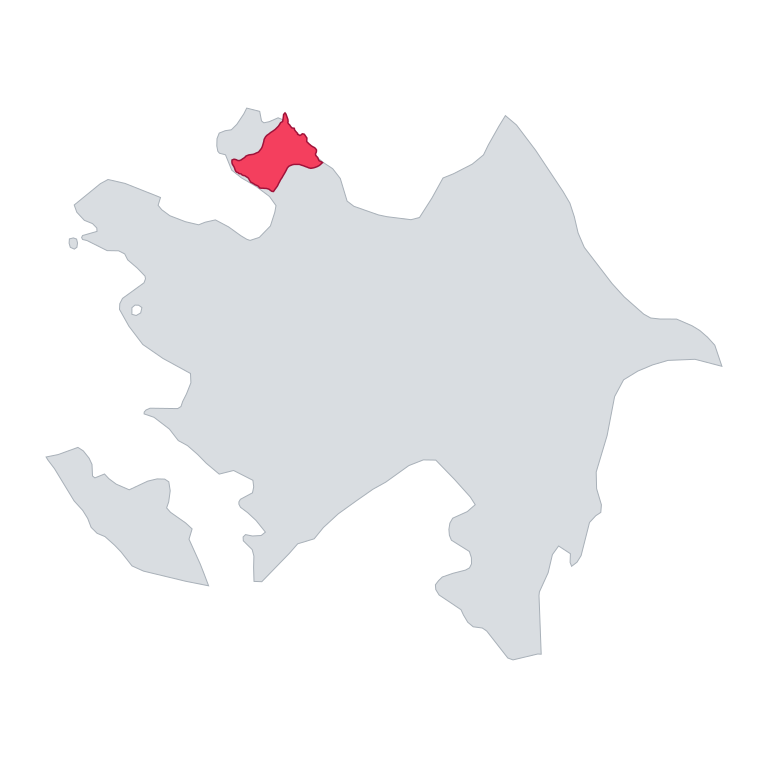 Zaqatala District, Zaqatala, Azerbaijan (highlighted)
{"feature_id": "54616110B4759617374649", "entity_name": "Zaqatala District", "entity_type": "district", "adm_level": 2, "iso_a3": "AZE", "parent_name": "Azerbaijan", "parent_adm1": "Zaqatala", "projection": "mercator", "projection_center": [46.691, 41.618], "detail": "fine", "context": "in_parent", "style": "filled", "palette": "rose", "viewbox_px": 768, "rotation_deg": 0, "n_neighbors": 0, "source": "geoboundaries", "source_scale": "gbopen_adm2", "svg_char_len": 5129}
<svg xmlns="http://www.w3.org/2000/svg" viewBox="0 0 768 768"><path d="M541.2,654.2L537.7,654.0L513.0,659.9L507.8,658.0L486.7,631.0L482.3,628.0L473.2,626.8L467.8,622.3L463.5,615.1L461.0,609.7L439.1,595.0L435.8,589.6L435.4,584.8L438.6,580.6L442.3,577.0L453.0,573.3L465.5,570.1L469.5,567.9L471.5,563.9L471.4,557.7L469.4,551.5L451.4,540.2L449.4,535.3L448.9,529.4L449.9,523.1L452.7,518.2L467.3,511.6L475.2,504.7L470.3,497.0L454.5,479.4L435.8,460.1L423.3,459.9L408.8,465.6L385.8,482.1L373.0,489.2L356.4,500.8L338.3,513.8L323.4,527.5L314.2,538.8L297.7,543.8L289.4,553.3L261.8,581.7L254.0,581.4L253.6,567.3L253.9,556.1L252.2,549.6L243.3,540.8L243.1,537.0L245.5,534.6L252.4,536.0L261.2,535.5L265.4,532.1L256.0,520.4L247.6,512.6L240.5,507.3L238.9,504.2L238.9,501.9L240.4,499.3L252.5,492.8L253.7,486.9L252.9,480.3L233.6,470.5L219.2,474.1L206.2,463.2L197.9,454.7L187.5,445.6L178.3,440.6L169.4,429.1L154.0,417.3L144.1,413.9L144.2,412.1L146.0,410.0L150.1,408.2L177.7,408.6L181.0,406.5L182.7,401.4L186.5,393.9L190.9,382.8L190.5,373.5L162.9,358.4L142.8,344.5L128.9,326.2L119.5,309.4L119.8,303.7L122.5,298.4L144.0,282.8L145.5,278.8L145.0,276.1L137.3,268.1L127.7,259.9L124.7,253.9L118.6,250.8L107.1,250.6L86.9,240.5L82.6,239.5L81.6,237.5L82.6,235.5L97.0,231.4L96.8,228.0L92.5,223.6L84.3,220.3L76.8,212.2L74.2,205.0L100.3,183.7L108.0,179.5L125.0,183.4L160.5,197.5L158.1,205.3L161.7,209.7L169.8,215.7L185.4,221.7L198.6,224.8L205.2,222.2L215.4,219.9L228.6,226.9L240.8,235.7L246.8,239.3L250.1,240.4L259.3,237.4L270.4,226.0L274.8,212.3L276.0,205.6L269.5,196.5L256.2,186.5L241.3,177.8L231.7,170.1L225.5,154.8L219.4,153.2L217.8,151.2L216.8,146.0L217.0,138.7L219.2,133.1L225.2,130.7L231.3,129.8L236.8,124.4L243.8,113.9L246.7,108.1L259.7,111.4L261.5,120.9L263.8,122.8L269.2,121.7L278.1,117.8L285.3,120.8L294.5,132.0L307.2,143.8L314.1,151.7L316.8,157.2L323.3,162.5L332.7,168.7L340.3,178.5L347.1,201.1L353.9,206.3L378.4,214.9L387.0,216.7L411.0,219.7L419.5,217.5L431.9,198.1L443.0,178.0L453.4,173.8L472.3,164.1L483.5,154.9L488.3,145.0L498.9,126.2L505.4,115.6L516.5,125.0L535.7,150.4L563.1,191.6L569.9,203.2L574.3,216.7L578.1,233.0L584.3,247.4L612.1,283.6L624.2,296.9L643.7,314.1L650.7,318.0L659.8,319.0L676.6,319.1L692.1,325.8L699.8,330.5L707.7,337.4L714.8,345.2L721.9,366.3L695.0,359.3L667.9,360.4L652.6,364.9L637.8,371.1L623.6,379.8L614.6,396.6L607.1,435.6L596.2,472.0L596.6,488.7L601.4,504.8L600.8,512.4L595.8,515.7L589.5,522.5L581.1,555.6L577.0,562.2L571.6,566.3L570.1,562.4L570.4,553.7L558.6,546.0L552.4,554.6L548.1,572.8L539.4,591.9L539.0,595.5L541.2,654.2ZM140.7,312.9L141.9,307.6L138.6,305.2L135.0,305.1L131.9,307.7L131.9,314.3L136.2,315.5L140.7,312.9ZM52.0,465.4L47.9,460.0L46.1,457.0L58.0,454.6L77.9,447.4L83.3,450.9L89.1,458.2L92.0,464.4L92.5,476.0L94.9,477.9L104.5,474.0L108.9,478.7L116.3,484.2L129.2,489.8L147.8,481.1L157.1,478.9L164.7,479.1L168.8,481.8L170.2,490.8L168.7,501.9L166.6,507.9L170.5,512.3L185.7,523.0L192.1,528.9L189.0,539.2L200.3,564.2L204.1,573.9L208.6,585.8L185.4,581.2L143.5,571.1L132.0,565.9L121.1,552.0L114.6,545.2L105.0,536.6L97.1,533.3L91.1,527.3L87.7,518.4L82.7,510.4L74.1,500.9L54.5,468.7L52.0,465.4ZM76.9,247.3L74.3,249.1L70.3,247.3L69.1,243.2L69.4,238.9L73.4,237.9L76.6,239.1L77.5,243.0L76.9,247.3Z" fill="#d9dde1" stroke="#a8b0b8" stroke-width="1"/><path d="M322.5,162.7L321.6,161.9L320.0,161.2L319.0,160.6L318.2,158.9L317.7,157.5L316.5,156.3L315.7,155.4L315.5,153.8L316.2,152.4L316.4,151.7L316.5,150.0L315.5,148.5L314.5,147.6L313.1,146.9L311.4,145.9L309.9,144.6L308.6,143.5L307.7,142.5L306.7,141.6L306.8,139.9L306.9,138.0L305.9,136.6L305.0,135.2L304.1,134.1L302.3,133.8L300.6,135.2L299.9,135.5L299.0,134.9L297.6,134.4L297.7,133.5L296.7,132.5L295.5,131.1L294.6,129.9L294.3,128.3L291.9,127.9L290.5,126.3L289.7,125.0L288.4,123.7L287.8,122.5L288.1,121.5L287.9,119.5L287.2,117.5L285.9,114.0L285.0,112.9L284.9,113.0L283.6,114.5L283.4,116.5L283.0,119.4L282.6,121.5L280.6,122.7L279.6,124.4L278.4,126.2L277.0,127.6L275.1,129.5L272.7,131.2L270.5,132.6L269.1,133.8L266.8,135.4L265.5,136.9L264.2,139.2L263.7,141.8L263.0,144.3L262.3,146.6L261.5,148.3L260.2,150.0L259.5,150.9L258.5,152.1L255.8,153.2L255.3,153.5L253.3,154.3L248.9,154.9L247.0,155.6L245.6,156.3L245.3,156.9L243.8,158.1L242.5,158.9L241.2,159.9L239.3,160.6L237.8,160.5L236.2,159.7L235.6,159.5L234.0,159.2L232.0,160.0L231.9,161.3L232.0,163.0L232.4,164.2L233.0,165.2L233.9,166.6L234.5,168.0L235.0,169.6L235.7,171.2L236.7,172.2L238.1,172.7L239.0,173.6L241.1,173.9L241.9,174.8L243.3,175.5L244.6,175.6L245.7,176.3L246.5,176.9L247.7,177.5L248.7,178.6L249.1,179.5L250.7,182.1L252.8,183.2L255.3,184.8L257.3,185.6L258.4,186.3L259.6,187.9L261.1,188.2L262.9,188.2L264.7,188.4L266.2,188.4L268.8,189.1L270.2,190.2L271.6,191.2L272.2,191.4L273.5,191.5L275.0,189.3L276.3,187.6L277.6,185.7L278.6,183.5L279.6,181.7L280.6,179.7L282.0,177.7L283.1,175.7L284.2,173.9L285.3,172.0L286.2,170.3L287.3,168.0L288.8,166.3L290.0,165.7L292.5,164.7L294.1,164.4L297.9,164.4L299.4,164.4L301.6,165.2L303.3,165.7L305.8,166.7L307.3,167.2L308.6,167.8L310.8,168.3L313.3,167.9L314.8,167.5L317.2,166.6L319.1,165.6L320.5,164.5L321.9,163.1L322.5,162.7Z" fill="#f43f5e" stroke="#9f1239" stroke-width="1.5"/></svg>